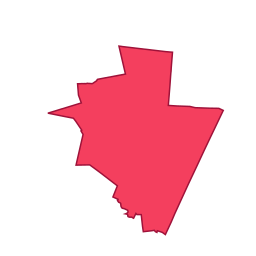 Santa Cruz, Sonora, Mexico (orthographic projection), rotated 115°
{"feature_id": "50627088B60654527748106", "entity_name": "Santa Cruz", "entity_type": "district", "adm_level": 2, "iso_a3": "MEX", "parent_name": "Mexico", "parent_adm1": "Sonora", "projection": "orthographic", "projection_center": [-110.513, 31.156], "detail": "fine", "context": "isolated", "style": "filled", "palette": "rose", "viewbox_px": 256, "rotation_deg": 115, "n_neighbors": 0, "source": "geoboundaries", "source_scale": "gbopen_adm2", "svg_char_len": 2625}
<svg xmlns="http://www.w3.org/2000/svg" viewBox="0 0 256 256"><g transform="rotate(115 128 128)"><path d="M57.6,170.8L80.2,153.1L91.8,169.3L96.7,176.1L96.8,176.2L97.0,176.2L97.1,176.3L97.3,176.3L97.6,176.4L97.8,176.4L98.0,176.4L98.4,176.4L98.5,176.5L98.8,176.6L99.0,176.7L99.1,176.8L99.5,177.0L100.1,177.4L100.6,177.7L101.1,178.0L101.3,178.1L101.7,178.3L102.0,178.5L102.3,178.7L102.4,178.8L102.6,178.9L102.7,179.0L102.8,179.1L102.9,179.3L103.0,179.4L103.0,179.5L103.2,179.8L103.3,180.1L103.4,180.5L103.6,180.9L103.9,181.7L104.0,182.0L104.2,182.4L104.4,182.9L104.5,183.2L104.6,183.4L104.6,183.6L104.7,183.9L104.8,184.0L105.1,184.3L105.3,184.5L105.5,184.8L105.7,185.0L105.8,185.1L105.8,185.3L105.8,185.5L105.9,185.8L106.0,185.9L106.0,186.0L106.3,186.3L106.3,186.5L106.5,186.8L106.6,187.1L106.8,187.5L107.0,188.0L107.3,188.7L107.5,189.0L107.7,189.4L107.8,189.6L107.9,189.8L108.0,190.0L108.2,190.4L108.3,190.4L108.7,191.3L108.9,191.7L109.2,192.4L119.1,186.8L125.0,180.9L136.3,193.4L138.4,195.7L138.4,195.8L144.4,202.4L148.4,206.9L144.5,190.8L142.2,181.6L143.9,178.3L149.5,169.0L150.5,169.4L152.8,166.0L182.7,159.6L183.6,159.4L177.6,147.1L180.0,135.2L184.9,113.2L196.9,112.5L196.8,106.2L197.0,106.6L197.2,106.9L197.8,107.1L198.1,106.9L198.4,106.6L198.5,106.3L198.6,106.1L198.8,105.8L199.0,105.5L199.2,105.2L199.2,104.6L199.2,104.1L199.2,103.6L199.3,103.0L199.5,102.8L199.8,102.5L200.6,102.1L201.2,101.7L201.7,101.4L201.9,101.2L202.2,101.0L202.4,100.7L202.6,100.4L202.9,100.0L203.0,99.8L203.1,99.1L203.0,98.7L202.9,98.1L202.8,97.8L202.7,97.3L202.7,97.0L202.7,96.4L202.7,95.6L202.7,94.9L202.7,94.4L202.7,94.0L202.7,93.6L202.9,93.5L203.1,93.2L203.4,92.9L203.7,92.7L204.2,92.5L204.6,92.5L205.1,92.6L205.5,92.9L205.8,93.0L206.1,93.3L206.3,93.5L206.6,93.7L206.7,93.8L206.9,94.0L206.8,93.6L206.7,93.3L206.6,92.8L206.6,92.6L206.6,92.3L206.7,92.0L206.8,91.7L206.9,91.4L207.1,91.2L207.5,91.2L207.8,91.0L208.1,90.8L208.3,90.4L208.3,89.9L208.2,89.4L208.1,89.0L208.1,88.7L207.8,88.1L207.5,87.7L207.4,87.3L207.2,86.9L207.2,86.6L207.3,86.4L207.4,86.0L207.4,84.8L202.1,84.7L202.7,83.4L200.9,79.4L211.1,73.2L215.5,70.3L211.1,63.1L209.6,60.9L210.0,60.2L210.4,59.3L210.4,57.7L208.7,58.0L208.1,52.8L208.8,49.1L194.9,49.1L186.0,49.4L170.7,49.5L169.4,49.5L152.5,49.6L132.9,49.5L124.5,49.5L115.4,49.5L102.9,49.4L101.8,49.4L101.7,49.4L93.8,49.3L71.8,49.1L71.8,51.8L71.8,54.0L75.6,62.5L81.2,75.7L82.3,81.0L85.6,88.8L87.5,93.3L90.5,101.0L72.2,107.8L60.4,112.3L59.5,112.6L58.3,113.0L55.3,114.2L40.5,119.7L41.1,121.3L42.9,126.2L47.3,139.5L48.9,144.4L49.5,146.1L56.7,167.9L56.9,168.7L57.6,170.8Z" fill="#f43f5e" stroke="#9f1239" stroke-width="1.5"/></g></svg>